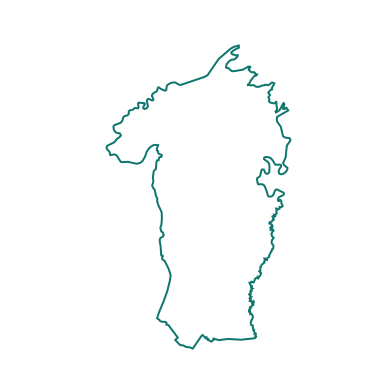 the district of Mueang Surat Thani, Surat Thani, Thailand, rotated 12°
{"feature_id": "78962969B86261158660404", "entity_name": "Mueang Surat Thani", "entity_type": "district", "adm_level": 2, "iso_a3": "THA", "parent_name": "Thailand", "parent_adm1": "Surat Thani", "projection": "albers", "projection_center": [99.361, 9.1], "detail": "fine", "context": "isolated", "style": "outline", "palette": "teal", "viewbox_px": 384, "rotation_deg": 12, "n_neighbors": 0, "source": "geoboundaries", "source_scale": "gbopen_adm2", "svg_char_len": 6064}
<svg xmlns="http://www.w3.org/2000/svg" viewBox="0 0 384 384"><g transform="rotate(12 192 192)"><path d="M242.1,334.3L243.1,332.7L244.0,332.1L243.6,330.9L248.9,331.3L258.0,328.2L270.7,326.3L283.8,322.0L284.9,320.3L284.5,319.6L283.9,319.7L283.9,317.4L282.7,317.6L282.9,316.9L281.4,315.0L281.4,314.1L280.7,314.4L279.8,312.3L279.3,310.0L277.5,309.8L276.9,308.7L276.5,306.4L276.9,305.8L276.8,304.9L277.4,304.1L277.6,301.5L277.2,300.6L275.0,298.5L274.3,299.1L274.2,298.4L273.7,298.0L273.7,297.1L273.1,297.2L273.1,296.3L272.5,296.5L272.4,295.9L273.1,295.8L272.6,294.9L273.4,293.8L272.8,293.5L272.6,292.9L273.0,292.1L274.1,291.7L274.4,290.4L274.1,289.3L274.7,290.2L275.3,289.8L274.5,288.8L275.3,288.6L275.0,287.6L275.4,286.7L274.9,286.1L274.3,287.3L273.6,286.8L273.2,287.3L272.6,286.4L271.2,286.5L271.8,285.0L271.0,284.6L271.5,284.0L270.7,283.7L271.6,282.4L270.9,282.4L270.7,280.8L270.2,281.3L269.9,280.9L270.2,280.2L269.3,280.1L269.6,279.5L270.4,279.8L270.7,279.3L270.4,278.7L269.9,278.7L270.2,278.0L269.9,277.3L270.5,276.9L270.0,276.7L269.8,276.1L270.4,275.7L270.8,274.9L270.5,274.4L271.3,273.8L269.8,273.2L269.6,272.8L270.3,272.3L270.1,271.5L268.9,271.2L267.4,269.2L267.9,269.2L268.0,268.2L268.6,267.5L269.1,267.9L269.6,267.5L270.7,267.8L271.4,267.2L271.7,264.1L272.3,263.1L273.5,262.8L273.7,261.5L274.8,262.4L275.3,260.6L276.0,259.9L276.5,257.1L275.9,256.4L275.3,256.4L275.2,255.8L274.3,255.5L275.1,254.0L274.7,252.5L274.9,251.4L274.5,251.0L274.9,250.7L275.3,248.5L277.5,246.1L277.0,245.1L277.5,244.7L277.5,243.6L276.7,242.0L277.8,241.9L278.8,242.8L279.5,242.8L279.1,241.6L281.0,239.1L280.6,238.2L281.6,235.0L281.6,234.0L282.2,233.4L282.1,231.5L283.1,230.9L283.0,227.8L281.7,226.3L280.9,226.0L280.2,224.3L280.3,222.3L281.4,219.8L279.2,218.4L278.4,216.3L278.8,216.1L278.8,213.8L279.8,212.9L279.2,212.1L278.1,212.1L277.9,211.4L276.7,212.6L276.0,210.5L276.5,209.6L277.9,209.2L277.6,208.3L277.0,208.2L276.9,207.3L275.7,206.8L274.3,206.9L274.1,206.4L274.4,205.3L275.2,205.1L276.5,203.9L276.8,202.2L277.4,202.2L277.0,201.4L277.5,201.1L276.9,199.6L275.8,199.5L275.7,199.2L276.5,198.5L277.6,199.0L278.0,198.4L277.4,197.5L278.4,197.8L278.3,196.7L278.9,196.2L279.3,195.0L278.5,193.9L278.7,193.0L277.8,190.7L278.4,190.7L278.6,191.7L279.3,191.5L281.1,190.2L280.7,189.1L280.8,188.3L282.4,188.3L283.6,187.1L283.5,186.4L281.9,184.8L281.4,182.8L280.7,181.7L279.7,181.4L278.9,182.7L278.3,182.9L277.5,181.3L278.1,179.0L282.0,176.0L282.4,174.3L281.5,173.6L275.1,171.9L273.8,172.0L272.8,173.4L272.3,177.2L271.6,179.0L270.1,180.1L268.0,180.4L266.9,179.7L265.3,176.4L262.0,171.3L260.7,170.3L259.0,169.8L255.7,170.6L254.7,170.4L252.8,165.7L253.1,164.6L254.8,163.0L255.3,161.8L255.4,156.1L255.8,155.4L257.6,155.1L259.8,158.1L261.0,158.7L262.5,158.3L263.5,156.4L262.6,151.5L261.5,148.2L259.8,146.7L255.7,145.0L255.4,143.6L256.6,142.5L259.6,142.0L262.0,142.6L264.3,144.2L267.2,147.4L268.2,147.9L272.3,147.0L273.4,147.1L273.9,148.6L272.8,151.1L272.4,153.3L273.0,155.3L273.9,156.1L275.4,156.2L277.3,155.4L279.7,152.7L280.6,150.2L280.3,148.5L276.2,146.4L275.1,144.7L276.4,138.8L275.1,126.8L277.3,122.0L277.4,120.4L277.0,119.7L276.1,119.1L271.9,119.4L269.4,118.4L265.2,109.6L260.6,105.4L259.9,103.9L259.6,100.8L269.2,92.2L266.8,90.0L266.0,90.5L265.3,91.6L263.7,91.6L264.2,87.3L263.5,86.1L263.0,86.0L260.8,93.2L259.8,94.8L257.7,96.7L257.0,96.0L257.9,94.1L257.6,91.6L256.8,90.4L256.0,86.6L255.5,86.3L254.5,88.0L253.8,88.3L250.3,88.3L248.5,87.6L248.5,85.4L247.0,83.4L248.2,80.8L246.2,79.4L246.0,78.7L247.6,75.9L249.0,75.0L248.4,73.9L250.0,68.7L247.5,68.2L244.8,71.5L241.1,71.9L240.4,72.7L238.4,73.2L237.4,74.2L234.4,75.6L232.4,75.6L230.1,74.6L227.0,75.6L226.2,75.2L224.5,75.8L224.4,75.1L225.4,74.3L226.2,71.0L228.6,66.0L230.4,64.9L231.2,63.5L229.1,63.3L228.7,62.3L227.7,61.8L226.5,62.4L225.2,62.4L224.0,62.0L222.8,60.9L222.2,60.9L221.9,59.2L223.1,58.1L222.8,57.4L221.2,57.5L216.3,61.8L207.4,65.3L205.5,65.4L201.7,63.2L200.0,63.4L199.4,63.1L199.3,59.8L201.0,56.5L203.0,54.5L205.9,53.5L207.9,50.8L208.5,49.0L208.3,48.6L205.9,49.3L204.3,48.9L203.0,49.0L202.1,48.6L201.4,47.3L203.3,44.7L207.9,41.0L207.2,39.0L202.5,41.5L199.7,44.1L190.4,56.4L182.9,74.6L179.8,77.1L158.7,89.6L156.7,89.7L153.6,88.6L151.8,88.4L148.5,89.8L145.7,92.4L145.3,93.8L145.6,97.6L144.9,98.4L143.7,98.5L139.9,97.6L137.9,96.5L137.1,96.8L136.5,101.0L133.9,103.2L132.8,104.9L132.8,106.2L134.8,109.2L135.0,110.1L134.0,110.8L130.0,109.9L129.0,110.9L129.0,112.7L131.1,117.4L130.2,119.5L128.5,120.6L127.0,120.3L126.7,119.2L127.6,115.7L127.1,115.1L121.1,115.7L120.8,116.9L122.1,120.0L121.7,121.4L118.7,121.6L116.9,123.9L114.0,125.1L113.4,126.2L113.9,128.3L113.7,129.4L112.8,130.5L110.3,131.8L109.4,132.8L109.0,136.8L108.4,138.4L107.3,139.5L102.1,142.8L101.6,143.9L101.8,145.4L102.6,147.2L104.3,149.0L105.7,149.7L109.2,149.7L110.7,151.4L109.7,153.5L107.5,155.7L105.7,159.5L99.6,164.3L99.1,166.5L100.3,168.1L102.9,169.8L104.4,172.9L108.2,171.3L110.7,171.9L116.0,177.3L117.1,177.4L123.1,175.8L132.0,175.9L135.3,174.3L137.1,172.0L138.7,167.3L139.3,162.2L140.7,158.6L142.0,156.6L145.0,153.8L149.1,153.2L148.6,157.2L149.0,158.5L150.0,158.9L150.3,160.1L151.5,161.5L154.8,162.1L154.7,164.0L152.7,165.0L152.7,167.9L151.4,168.2L151.0,170.1L151.9,176.9L150.2,179.6L150.8,186.5L151.8,188.7L152.0,191.5L151.6,193.8L153.4,196.5L154.8,197.2L157.5,203.1L159.4,205.6L160.0,208.7L161.7,211.7L166.3,217.8L166.8,219.1L168.1,224.3L168.9,230.5L168.5,233.2L168.9,234.6L170.2,237.0L172.0,237.6L172.7,239.4L173.4,240.0L172.7,241.9L171.7,242.5L170.5,244.1L170.4,246.0L172.8,252.3L174.9,260.0L175.3,260.4L176.5,260.3L176.8,261.3L176.4,262.0L177.1,264.2L179.6,265.1L184.9,271.7L188.2,277.4L188.6,279.0L188.8,284.2L188.4,294.1L187.0,304.6L184.7,316.8L184.1,322.8L186.6,323.8L187.6,324.8L189.0,325.2L192.9,324.6L193.9,324.9L194.4,325.4L194.4,327.0L196.6,327.1L208.4,337.4L206.4,340.2L212.0,344.1L215.4,343.9L218.5,344.8L222.4,344.4L225.3,345.0L231.1,331.0L232.0,329.7L234.0,330.9L235.5,331.3L235.6,331.9L236.2,331.5L236.2,331.9L237.3,332.0L237.2,332.5L238.2,332.6L238.3,333.2L238.9,333.0L239.0,333.5L242.1,334.3Z" fill="none" stroke="#0f766e" stroke-width="2"/></g></svg>